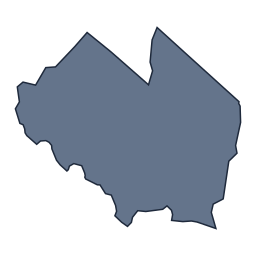 outline of Cumberland, New Jersey, United States of America
{"feature_id": "52423323B85945473450778", "entity_name": "Cumberland", "entity_type": "district", "adm_level": 2, "iso_a3": "USA", "parent_name": "United States of America", "parent_adm1": "New Jersey", "projection": "albers", "projection_center": [-75.162, 39.373], "detail": "fine", "context": "isolated", "style": "filled", "palette": "slate", "viewbox_px": 256, "rotation_deg": 0, "n_neighbors": 0, "source": "geoboundaries", "source_scale": "gbopen_adm2", "svg_char_len": 937}
<svg xmlns="http://www.w3.org/2000/svg" viewBox="0 0 256 256"><path d="M187.5,55.1L157.1,27.5L152.1,39.9L150.1,62.1L152.6,70.8L148.5,84.8L111.1,52.0L87.1,32.5L74.6,46.8L55.5,66.9L45.8,67.6L35.6,85.1L23.0,82.1L17.3,86.9L19.4,101.9L15.4,108.8L19.9,123.4L23.1,124.7L24.7,128.9L25.1,132.8L26.8,135.6L36.7,144.3L40.5,141.0L45.9,140.6L49.1,142.3L51.6,145.4L51.9,148.9L56.5,160.2L60.1,164.8L66.9,171.0L68.3,169.7L69.4,166.1L73.8,163.6L81.7,165.7L84.7,173.0L85.2,175.7L84.8,177.2L85.7,179.0L97.3,184.8L100.0,184.9L105.5,193.6L111.3,195.1L115.6,205.5L116.6,211.3L114.9,215.8L121.7,222.3L127.5,226.4L131.4,222.4L132.5,217.3L137.7,210.7L145.8,211.5L162.7,209.3L167.0,205.9L171.5,210.3L172.6,214.6L171.6,220.4L182.8,221.6L191.4,221.0L197.0,222.0L215.9,228.5L211.3,212.4L213.2,204.1L223.2,198.9L228.8,161.2L237.0,153.2L235.6,145.5L240.6,122.4L240.1,106.1L238.7,103.4L239.0,101.7L187.5,55.1Z" fill="#64748b" stroke="#1e293b" stroke-width="1.5"/></svg>